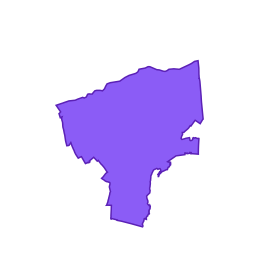 Timisesti, Iasi, Romania (orthographic projection), rotated 294°
{"feature_id": "2599482B14800869751050", "entity_name": "Timisesti", "entity_type": "district", "adm_level": 2, "iso_a3": "ROU", "parent_name": "Romania", "parent_adm1": "Iasi", "projection": "orthographic", "projection_center": [26.494, 47.231], "detail": "fine", "context": "isolated", "style": "filled", "palette": "violet", "viewbox_px": 256, "rotation_deg": 294, "n_neighbors": 0, "source": "geoboundaries", "source_scale": "gbopen_adm2", "svg_char_len": 5532}
<svg xmlns="http://www.w3.org/2000/svg" viewBox="0 0 256 256"><g transform="rotate(294 128 128)"><path d="M218.0,164.6L215.9,161.7L212.7,159.7L210.7,158.1L202.5,151.0L200.7,145.8L198.3,141.5L196.2,140.3L194.8,138.9L194.2,136.9L193.8,133.0L193.0,130.6L192.9,123.3L192.6,122.2L192.0,121.2L189.8,119.4L186.2,114.2L183.7,114.2L183.1,114.1L181.1,112.9L176.5,107.6L172.9,104.7L167.4,101.4L162.2,93.4L159.8,90.9L157.0,90.6L154.2,90.6L151.6,89.6L151.0,87.1L149.6,84.0L148.5,82.6L146.0,81.8L144.6,81.6L143.9,80.4L143.3,78.5L142.4,77.4L139.4,77.3L137.6,75.8L137.6,74.2L133.8,70.2L131.9,68.5L128.7,63.0L119.5,53.1L115.3,59.9L113.6,59.4L113.3,59.2L113.1,59.1L110.0,61.8L109.8,62.0L110.8,62.7L111.3,63.2L111.2,63.2L110.7,63.2L109.7,63.5L109.3,63.7L107.9,64.7L107.4,65.2L107.2,65.4L105.8,66.4L105.6,66.4L104.8,66.9L104.7,67.0L104.4,67.0L103.9,67.3L102.3,68.2L100.1,70.0L98.2,71.3L97.6,71.7L95.5,73.3L95.2,73.5L94.5,73.9L90.9,76.2L89.2,77.5L88.4,78.2L86.9,79.3L87.3,80.0L87.8,80.8L88.0,81.0L88.3,81.1L88.5,81.3L88.8,81.3L91.4,81.7L90.9,82.2L89.8,83.2L88.6,84.4L87.2,85.9L86.2,87.0L85.6,87.8L84.4,88.9L82.7,90.9L80.2,94.8L80.7,95.2L82.5,96.7L82.9,97.1L78.3,103.4L78.2,103.7L80.0,105.1L79.8,105.5L80.0,105.8L80.9,106.4L80.8,106.6L81.4,106.9L81.5,106.7L81.7,106.8L82.0,106.1L83.6,106.8L83.9,107.0L87.3,108.6L85.2,113.4L86.3,114.0L84.1,118.0L83.9,118.5L83.7,119.2L83.3,120.0L82.8,121.1L82.2,122.3L81.6,123.3L80.2,125.4L79.5,126.5L79.4,126.7L79.3,127.1L78.7,126.8L78.1,126.5L77.3,126.1L76.0,125.8L75.5,125.7L74.8,125.5L74.1,125.4L72.2,124.8L71.5,124.4L71.3,124.3L71.0,125.2L70.9,126.2L70.7,127.3L70.3,128.9L70.3,129.8L70.3,130.4L70.6,131.5L70.7,132.7L70.8,133.3L70.7,133.6L70.3,133.9L69.8,134.2L69.2,134.4L67.9,134.6L66.6,134.9L62.7,137.9L62.4,137.9L62.0,137.8L61.3,137.9L59.8,138.3L56.2,138.9L55.3,139.1L54.3,139.2L53.9,139.3L53.1,139.4L52.6,139.6L51.9,139.7L50.7,139.7L49.8,139.8L49.2,139.9L48.7,139.8L49.3,141.0L50.6,144.3L48.8,145.0L47.1,145.7L42.5,147.5L41.2,148.0L40.8,148.2L39.9,148.6L39.1,148.8L38.0,149.3L38.1,149.9L38.6,149.8L39.6,155.5L39.2,155.6L40.2,159.9L41.4,167.1L41.8,169.3L43.6,181.5L43.9,181.6L44.4,181.5L44.7,181.4L45.0,181.2L45.5,180.8L45.6,180.5L45.7,180.4L45.8,180.3L46.0,180.2L46.5,180.1L47.1,180.2L47.7,180.1L49.1,180.3L49.5,180.2L50.0,180.0L50.6,180.1L51.3,179.8L51.5,179.7L52.0,179.9L52.1,180.5L52.0,181.1L51.9,181.5L52.0,182.0L52.4,181.8L52.5,181.7L52.8,181.5L53.4,181.1L53.6,181.3L53.8,181.2L54.0,181.1L54.5,181.1L55.0,181.2L55.3,181.4L55.4,181.6L55.5,181.7L55.9,181.5L56.5,181.7L57.1,181.6L57.5,181.6L57.8,181.8L58.0,182.3L58.3,182.4L58.5,182.1L58.5,181.9L58.8,182.0L59.2,181.8L59.5,181.4L59.6,181.2L60.1,181.4L60.4,181.0L60.5,180.9L60.7,180.7L61.4,180.9L61.5,180.9L62.0,180.7L62.8,180.9L63.0,181.0L63.4,180.9L63.7,180.7L63.9,180.7L64.1,180.7L64.5,180.4L64.9,180.4L65.0,180.3L65.3,180.3L65.7,180.1L66.2,179.4L66.3,179.3L66.0,179.3L65.8,179.1L65.7,179.0L66.3,177.4L66.7,176.7L66.9,176.5L67.3,176.4L68.1,176.4L68.5,176.4L69.1,175.9L69.7,175.6L69.8,175.5L70.0,175.4L70.1,175.1L70.3,174.9L70.9,174.5L71.0,174.3L71.1,174.1L71.6,173.7L72.5,173.3L73.2,172.8L73.4,172.8L73.8,172.8L77.6,174.3L77.9,174.2L78.4,174.0L78.7,174.0L79.8,173.6L80.2,173.5L80.3,173.2L80.7,172.8L82.1,172.2L82.5,172.1L82.8,172.1L83.1,172.0L83.4,171.9L83.6,171.9L84.1,171.7L85.7,171.2L86.0,171.1L86.8,170.8L87.3,170.5L87.9,170.1L88.6,170.0L89.0,170.0L89.6,169.8L91.7,169.1L93.5,168.4L93.9,168.3L94.5,168.4L95.8,168.4L96.2,168.3L97.0,168.3L99.9,168.4L100.7,168.9L101.9,170.0L102.5,170.5L102.8,170.8L102.7,171.4L102.5,171.8L102.4,172.1L103.1,172.7L103.9,173.6L103.8,173.9L103.6,174.1L102.8,175.2L101.0,175.3L100.8,175.3L100.8,175.0L100.8,174.7L100.6,174.7L100.3,174.7L100.0,174.7L99.8,174.6L99.1,174.6L98.9,174.6L98.6,174.5L98.4,174.4L97.9,174.4L97.9,174.2L97.7,174.1L97.5,174.3L97.4,174.7L97.3,174.9L97.1,175.0L96.7,175.2L96.0,175.4L96.1,175.7L96.3,175.7L97.1,175.6L98.4,175.5L98.8,175.6L99.5,176.0L101.5,176.7L102.0,176.9L103.6,178.4L105.6,180.0L105.6,180.3L105.8,180.7L106.0,180.9L107.9,180.7L108.5,180.7L108.7,180.8L108.9,181.1L109.2,181.4L109.4,181.5L110.1,181.4L111.0,181.6L111.3,181.7L111.6,181.9L111.8,181.9L112.1,181.6L112.1,181.4L112.2,181.1L112.1,180.9L112.3,180.8L112.5,181.0L112.9,181.4L113.1,181.3L113.7,180.9L114.0,180.8L114.0,180.6L113.4,179.1L113.3,178.3L113.3,177.9L118.6,181.1L119.9,181.9L121.9,183.1L122.2,183.4L122.6,184.0L123.0,184.7L126.8,190.8L128.2,190.1L128.6,190.8L128.1,191.0L129.1,192.5L128.7,192.7L130.1,194.8L130.8,194.5L131.2,195.7L130.1,196.1L130.4,196.6L130.7,197.3L131.3,198.9L132.7,202.9L134.0,202.3L137.8,200.7L140.8,199.5L144.7,198.0L147.2,197.1L147.3,197.0L147.3,196.9L147.0,196.2L146.7,195.8L146.6,195.5L146.6,195.1L146.6,194.6L146.6,193.7L146.5,193.4L146.0,193.1L145.9,192.9L145.8,192.4L145.9,191.9L145.1,191.3L145.0,191.5L144.9,191.5L144.7,191.5L144.1,191.8L143.4,191.6L142.6,191.2L142.1,190.6L141.9,190.2L141.9,189.9L142.0,189.6L142.2,189.4L142.8,189.1L143.0,189.0L143.4,188.7L144.2,188.1L142.1,185.0L140.9,183.7L140.2,182.8L139.8,182.4L139.6,182.0L139.5,181.8L139.6,181.7L139.8,181.1L139.9,180.9L140.2,180.7L140.3,180.7L140.9,180.6L141.4,180.5L142.0,180.5L142.7,180.3L143.3,180.4L143.8,180.5L144.2,180.5L144.6,180.3L145.1,180.0L145.4,179.8L145.6,179.6L146.0,179.4L146.7,180.8L148.0,181.3L151.6,183.0L152.7,183.4L155.5,183.9L155.4,184.7L162.4,186.2L161.3,192.2L166.5,192.8L166.7,193.0L181.7,184.5L185.7,182.4L186.9,181.8L199.5,174.9L200.3,174.4L201.5,173.6L202.5,172.9L202.4,172.7L202.5,172.7L205.1,171.4L206.0,170.9L208.0,170.0L211.6,168.3L218.0,164.6Z" fill="#8b5cf6" stroke="#5b21b6" stroke-width="1.5"/></g></svg>